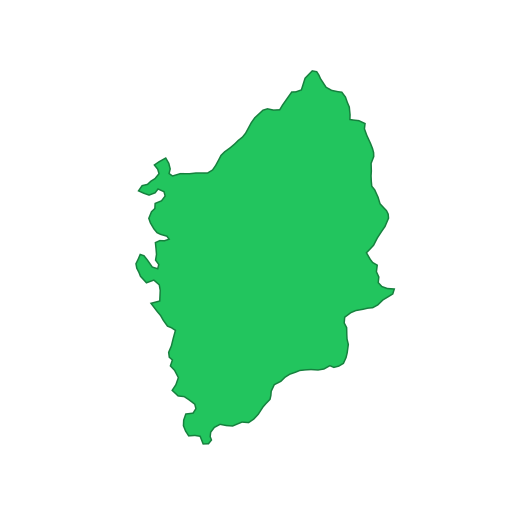 outline of Nuporanga, São Paulo, Brazil, rotated 221°
{"feature_id": "56859067B16762303364783", "entity_name": "Nuporanga", "entity_type": "district", "adm_level": 2, "iso_a3": "BRA", "parent_name": "Brazil", "parent_adm1": "São Paulo", "projection": "natural_earth1", "projection_center": [-47.722, -20.7], "detail": "fine", "context": "isolated", "style": "filled", "palette": "green", "viewbox_px": 512, "rotation_deg": 221, "n_neighbors": 0, "source": "geoboundaries", "source_scale": "gbopen_adm2", "svg_char_len": 2663}
<svg xmlns="http://www.w3.org/2000/svg" viewBox="0 0 512 512"><g transform="rotate(221 256 256)"><path d="M392.4,258.0L387.1,257.0L383.2,254.5L383.0,248.1L384.4,243.5L384.9,238.8L388.1,234.4L387.4,228.1L382.0,229.7L376.7,231.8L373.6,237.5L373.9,242.3L367.6,244.2L363.9,241.6L363.5,235.7L366.6,229.5L363.5,225.5L363.9,220.8L361.6,214.1L357.4,211.7L350.9,209.5L346.0,208.7L342.3,209.7L336.2,212.5L332.6,211.7L335.1,207.4L338.7,204.5L340.7,200.1L336.2,195.9L332.1,191.9L329.1,187.0L323.8,185.8L321.8,181.9L327.0,179.6L335.4,181.7L340.7,182.7L344.4,181.2L342.9,176.6L341.5,171.4L338.0,168.6L333.5,166.8L329.9,164.9L321.1,163.9L317.3,170.8L310.1,170.8L305.7,167.2L299.1,158.9L304.2,151.4L294.1,149.3L289.0,148.5L283.9,146.7L276.8,145.0L272.7,146.4L268.0,147.0L264.5,139.7L260.9,132.7L258.7,126.0L255.0,122.7L250.9,122.7L248.5,116.9L242.4,116.3L234.8,113.3L232.0,106.3L231.1,99.6L223.0,99.3L217.9,102.8L212.6,103.5L205.0,104.0L201.2,101.4L200.4,96.1L205.3,90.7L202.9,84.7L199.4,80.3L194.3,77.7L188.8,76.1L184.4,80.5L179.9,83.3L172.6,79.5L168.7,83.1L168.9,87.9L172.1,89.6L174.6,93.3L175.0,99.3L172.7,105.4L167.0,108.7L162.1,112.4L159.8,117.1L157.6,121.5L152.3,125.4L150.7,131.5L150.5,138.1L151.7,146.7L151.7,151.0L151.4,157.0L153.3,160.5L155.8,163.9L157.8,170.9L155.0,177.9L154.6,183.5L153.0,188.9L149.9,194.3L147.9,198.3L144.0,202.5L140.0,206.4L134.4,210.7L130.6,215.3L128.3,221.7L124.2,223.0L121.3,227.2L119.6,232.3L121.4,238.4L123.7,242.8L128.3,249.8L132.8,253.0L135.5,255.8L140.6,261.4L145.5,263.3L148.9,268.0L147.3,275.4L144.9,280.3L140.3,286.0L137.5,289.9L134.0,293.6L132.0,299.0L131.4,306.2L127.9,317.1L130.0,321.8L135.6,317.6L141.0,315.5L146.3,316.1L149.5,320.7L154.8,323.1L158.5,328.6L163.7,327.6L167.6,328.4L174.8,330.9L174.5,335.6L174.3,341.2L176.3,349.3L177.4,357.3L178.0,362.9L180.8,371.5L183.7,374.3L187.2,375.8L191.3,376.2L196.7,376.8L202.4,380.4L205.9,382.0L209.8,383.8L214.4,384.6L218.1,388.1L221.8,392.0L224.7,395.8L229.9,401.4L232.4,408.3L235.0,411.1L238.5,413.5L243.3,416.0L251.7,419.8L257.6,423.1L260.6,427.5L267.2,425.6L271.5,422.6L274.7,420.6L277.6,424.2L283.3,429.6L288.0,431.9L292.7,434.6L298.7,435.9L302.2,433.6L307.6,430.6L313.8,429.3L323.6,432.1L327.3,433.8L331.1,434.9L335.0,432.6L335.6,422.4L330.7,411.1L333.6,406.0L336.6,403.2L335.0,387.4L334.0,381.9L338.5,377.6L343.9,374.6L346.4,370.6L347.6,359.6L347.0,353.5L344.4,341.9L344.2,337.0L345.2,331.6L345.6,326.3L346.6,320.1L348.0,314.2L348.4,309.0L347.2,304.1L345.8,297.8L345.2,292.4L347.0,286.8L351.1,283.3L355.7,279.3L360.2,274.4L367.2,268.4L371.5,261.6L375.7,261.2L377.9,265.4L382.6,268.7L388.4,270.7L391.0,263.5L392.4,258.0Z" fill="#22c55e" stroke="#15803d" stroke-width="1.5"/></g></svg>